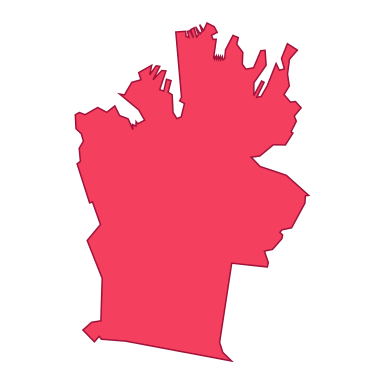 the district of Sydney, New South Wales, Australia
{"feature_id": "25037944B98854570895907", "entity_name": "Sydney", "entity_type": "district", "adm_level": 2, "iso_a3": "AUS", "parent_name": "Australia", "parent_adm1": "New South Wales", "projection": "albers", "projection_center": [151.208, -33.889], "detail": "medium", "context": "isolated", "style": "filled", "palette": "rose", "viewbox_px": 384, "rotation_deg": 0, "n_neighbors": 0, "source": "geoboundaries", "source_scale": "gbopen_adm2", "svg_char_len": 1822}
<svg xmlns="http://www.w3.org/2000/svg" viewBox="0 0 384 384"><path d="M231.6,361.0L222.8,352.5L219.6,342.4L231.7,263.2L267.3,267.0L268.3,262.6L264.4,251.1L272.5,249.4L281.9,238.7L282.6,234.9L279.8,232.4L282.0,229.8L291.6,227.8L304.9,203.2L305.4,195.8L308.7,195.4L286.3,175.3L260.1,166.5L251.2,157.2L259.8,156.0L273.3,144.8L285.4,144.9L292.9,133.1L291.0,131.8L296.3,121.3L294.3,116.1L301.1,107.8L295.4,101.5L290.4,102.1L284.0,94.6L289.3,86.0L287.5,74.0L289.5,59.2L297.4,50.1L287.4,43.7L281.5,58.5L284.4,69.0L279.3,70.2L276.1,63.5L267.3,85.7L261.1,96.5L256.7,97.4L264.1,82.3L261.6,81.0L253.8,95.6L253.9,82.7L266.1,65.3L265.1,50.3L260.8,50.7L253.6,67.8L245.9,69.1L242.3,64.2L242.8,52.4L236.7,44.3L238.3,37.6L233.0,35.4L225.5,49.9L224.7,58.6L223.1,59.8L222.4,56.5L220.8,59.7L220.3,56.3L218.8,59.4L218.3,56.1L216.8,59.2L216.3,55.9L214.8,59.0L214.4,55.7L213.5,58.8L216.2,39.2L213.2,39.5L211.4,35.4L217.2,32.4L214.2,26.7L207.0,23.0L203.6,30.5L199.7,24.6L202.0,31.4L200.2,33.8L195.6,26.7L198.4,34.9L196.6,37.0L194.1,27.8L190.6,29.7L193.5,37.9L190.1,30.8L187.5,31.3L188.9,37.5L186.1,36.4L185.6,31.3L175.8,32.0L181.5,97.3L179.7,100.9L184.5,103.5L181.2,116.9L176.8,118.6L173.0,112.3L172.2,94.8L168.1,92.2L171.1,80.6L166.5,79.3L163.8,91.0L159.7,89.7L165.9,70.9L161.8,70.5L153.1,79.8L159.8,66.4L156.2,65.8L149.7,74.8L151.7,65.3L138.7,72.6L141.0,79.8L131.8,82.3L124.5,94.9L119.6,94.0L138.7,109.8L144.7,120.2L137.7,123.8L136.1,121.7L135.9,126.1L132.5,124.5L132.9,129.6L128.1,118.8L119.6,115.6L114.8,105.9L106.8,112.3L97.7,107.5L85.1,114.7L79.3,112.5L75.3,114.8L76.0,128.7L81.3,133.7L83.4,141.2L79.2,148.3L80.4,161.3L77.1,163.8L89.6,202.9L92.5,202.0L100.5,224.5L87.2,240.5L102.2,278.3L100.9,320.8L91.6,322.3L82.9,330.0L94.4,341.8L99.2,336.3L101.4,339.2L125.4,341.1L231.6,361.0Z" fill="#f43f5e" stroke="#9f1239" stroke-width="1.5"/></svg>